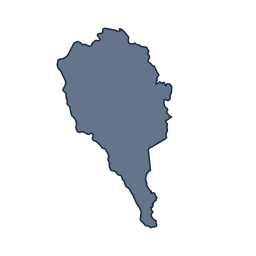 SVG path tracing the border of Yevrey, rotated 75°
{"feature_id": "RUS-2613", "entity_name": "Yevrey", "entity_type": "Autonomous Region", "adm_level": 1, "iso_a3": "RUS", "parent_name": "Russia", "parent_adm1": "", "projection": "robinson", "projection_center": [132.69, 48.574], "detail": "fine", "context": "isolated", "style": "filled", "palette": "slate", "viewbox_px": 256, "rotation_deg": 75, "n_neighbors": 0, "source": "natural_earth", "source_scale": "10m", "svg_char_len": 5739}
<svg xmlns="http://www.w3.org/2000/svg" viewBox="0 0 256 256"><g transform="rotate(75 128 128)"><path d="M30.5,133.6L29.9,133.3L29.4,131.8L29.3,131.1L29.4,130.5L29.7,129.4L29.7,128.8L29.1,127.8L28.1,127.4L27.0,127.2L26.0,126.6L25.6,125.5L25.7,124.4L30.2,115.1L32.0,112.5L32.4,111.6L32.4,110.8L31.3,110.5L30.1,110.6L30.4,109.5L30.8,109.0L32.4,107.7L33.7,106.9L39.5,104.2L40.0,104.1L40.8,104.1L41.2,104.1L41.6,104.2L42.9,104.9L43.7,105.1L44.9,105.3L45.8,105.2L46.2,105.1L46.6,104.9L46.8,104.5L48.0,102.4L48.2,101.7L48.2,101.4L48.1,101.1L47.7,100.3L47.7,99.9L47.9,99.5L48.3,99.0L48.7,98.7L49.2,98.4L49.4,98.2L49.9,97.6L50.5,96.3L50.7,96.0L53.1,93.4L53.4,92.8L53.6,92.5L54.0,91.0L54.4,90.0L55.0,89.3L55.4,89.0L55.8,88.8L57.4,88.7L57.7,88.6L58.6,88.2L58.9,88.1L59.2,88.1L59.4,88.3L59.7,88.8L60.0,88.9L60.7,88.9L60.9,89.1L61.0,89.3L61.3,89.5L61.6,89.6L63.0,89.0L63.7,88.8L64.9,88.8L65.3,88.9L65.6,89.2L66.2,89.5L66.7,89.9L67.9,91.2L68.2,91.3L68.7,91.3L69.3,91.1L70.1,90.6L70.6,90.1L71.6,89.4L74.0,88.3L74.2,88.0L74.7,87.1L74.9,86.9L75.2,86.7L75.5,86.6L82.6,85.3L82.9,85.1L83.3,84.6L83.6,84.5L84.1,84.4L84.8,84.6L85.2,84.8L85.5,85.1L86.4,86.5L86.9,87.0L87.1,87.1L87.5,87.3L87.9,87.4L89.1,87.5L89.4,87.6L89.7,87.7L90.3,88.4L92.0,89.6L92.3,89.6L92.6,89.6L92.8,89.3L92.8,89.0L92.6,88.0L92.4,87.5L92.0,86.7L91.8,86.2L91.7,85.6L91.8,85.3L92.0,85.0L92.2,84.8L93.0,84.3L93.3,84.0L93.5,83.4L93.5,82.7L93.4,82.1L93.2,81.6L93.5,81.4L96.2,80.9L96.6,80.7L95.5,79.1L95.5,78.8L95.9,77.9L96.2,76.5L96.4,76.3L98.8,75.1L99.6,75.2L100.9,75.5L104.0,76.6L105.9,77.5L106.5,78.2L106.9,78.6L110.4,79.8L111.1,80.2L111.5,80.5L111.7,81.7L111.7,82.3L111.6,82.7L111.5,83.0L111.3,83.3L110.3,84.6L110.1,84.9L110.1,85.2L110.1,85.5L110.3,85.7L110.8,86.2L111.2,86.3L111.7,86.5L113.3,86.7L114.2,86.9L115.8,87.1L116.3,87.0L116.8,86.8L118.8,85.7L119.3,85.2L119.7,85.0L120.0,84.9L120.6,85.0L121.0,85.2L121.4,85.4L122.0,86.1L122.5,86.5L123.0,86.5L123.8,86.3L126.8,85.0L128.5,83.1L129.0,84.2L129.2,85.5L130.2,87.2L130.4,87.8L130.5,88.1L130.3,89.1L130.4,89.4L130.6,89.7L131.1,89.8L131.5,89.8L132.3,89.7L134.2,89.0L134.6,89.1L135.3,89.2L136.5,89.9L137.7,90.3L139.4,90.3L140.5,90.6L141.1,90.9L141.7,91.3L142.7,92.3L143.3,92.8L143.8,93.1L144.1,93.1L147.0,93.1L148.3,95.1L151.0,104.9L153.3,113.4L153.8,113.8L154.8,114.1L174.5,117.2L174.9,117.6L175.1,117.9L175.1,118.5L175.3,119.3L175.5,119.7L176.3,120.4L176.5,120.7L176.7,121.2L177.0,121.6L179.0,123.0L179.3,123.2L180.6,123.6L181.0,123.9L181.5,124.1L182.1,124.2L183.2,124.2L184.3,124.3L186.6,124.2L186.8,124.3L187.4,124.7L189.0,124.5L189.9,124.6L190.1,124.5L190.4,124.1L190.9,123.9L192.1,123.5L193.0,123.5L193.4,123.4L193.8,123.1L194.6,122.3L194.9,122.1L195.2,122.0L195.8,122.0L196.1,122.2L196.3,122.3L196.5,122.6L196.9,122.6L197.4,121.6L197.5,121.2L197.2,120.7L197.2,120.4L197.2,120.1L197.4,119.8L197.8,119.4L198.2,119.2L198.5,119.2L199.2,119.2L200.3,119.0L203.0,118.2L203.5,119.1L203.7,119.3L204.2,119.4L204.6,119.3L205.1,119.6L205.4,120.5L205.6,121.4L205.8,121.6L207.4,123.3L207.5,123.4L207.3,123.6L207.3,123.8L207.4,124.0L207.9,124.0L208.9,123.7L209.3,123.8L210.2,124.6L210.7,125.0L210.9,125.2L210.9,125.4L210.5,126.0L210.4,126.3L210.5,126.5L210.9,126.6L214.1,126.4L214.8,126.1L215.1,125.7L215.4,125.6L215.7,125.7L216.0,126.1L216.5,126.9L217.2,127.6L217.8,128.0L218.4,128.2L219.4,128.3L220.5,127.8L221.5,127.6L222.3,127.1L223.2,126.8L223.5,126.7L224.2,125.5L224.4,125.2L224.7,125.0L225.0,124.9L225.4,125.0L225.7,125.1L226.6,125.6L227.0,125.6L227.3,125.6L228.2,125.3L228.5,125.3L229.3,125.8L229.7,125.9L230.1,125.9L230.3,126.2L230.4,126.8L230.2,128.3L230.0,129.7L230.2,131.5L230.1,131.9L228.2,133.5L227.6,134.3L226.8,136.5L225.8,136.7L220.6,139.6L219.8,139.7L219.0,139.6L212.7,137.1L211.9,137.0L208.4,137.3L208.0,137.4L205.8,138.4L202.1,139.4L194.7,140.4L190.5,141.8L187.8,142.3L187.1,142.6L186.3,143.0L184.4,144.7L183.7,145.1L182.3,145.4L179.6,145.3L179.1,145.4L178.3,145.7L176.7,146.5L175.8,146.7L173.1,146.7L172.4,147.1L171.8,147.8L170.7,149.6L170.0,150.3L169.3,150.6L167.8,151.0L167.1,151.3L166.5,151.7L166.1,152.3L165.8,152.9L165.5,153.6L165.0,154.7L164.2,155.4L163.3,155.7L160.5,156.1L160.0,156.0L158.2,155.3L157.4,155.1L156.7,155.1L154.1,155.5L153.1,155.4L152.6,155.2L151.7,154.6L151.3,154.3L149.5,154.0L147.7,154.0L143.4,155.1L142.6,155.4L142.0,155.9L141.5,156.7L141.2,157.4L140.7,158.0L140.3,158.2L136.4,159.7L136.4,160.0L132.9,162.1L132.4,162.7L131.5,164.1L130.9,164.6L130.2,165.0L129.5,165.2L128.8,165.1L128.2,164.8L127.1,163.9L126.4,163.7L125.6,163.6L124.8,163.7L124.1,164.1L123.8,164.5L123.6,164.8L123.5,165.3L123.5,165.7L124.0,166.9L124.0,167.4L123.8,168.2L123.4,168.8L121.0,171.3L119.8,172.8L119.6,173.2L119.5,173.5L119.5,173.9L119.8,174.9L119.9,175.4L119.8,175.9L119.5,176.4L118.7,177.3L118.3,177.7L117.8,178.0L117.2,178.2L115.0,178.3L113.9,178.1L111.5,176.9L109.9,176.6L108.3,176.5L105.2,177.0L104.6,177.2L102.3,178.6L101.7,178.9L100.4,179.2L98.4,179.3L97.1,179.0L94.1,178.8L91.4,179.2L91.0,179.4L89.8,180.3L89.5,180.5L89.0,180.5L88.5,180.5L88.1,180.4L86.7,179.7L86.2,179.6L85.4,179.6L83.7,179.9L82.8,179.9L79.2,178.9L78.3,179.0L75.9,180.6L75.4,180.8L75.0,180.9L74.2,180.9L73.7,180.7L73.4,180.5L71.6,178.5L70.2,177.4L68.7,176.7L67.1,176.3L66.1,176.2L56.4,178.1L54.4,178.8L52.7,179.8L51.5,180.0L50.6,180.1L48.7,180.0L47.8,179.7L45.9,178.7L45.1,178.4L44.0,177.6L43.9,175.7L44.1,173.5L44.1,171.7L42.5,168.0L40.2,165.5L32.2,158.4L31.9,157.6L31.7,156.2L31.5,155.4L31.4,154.5L31.9,153.4L33.4,151.8L34.5,151.0L35.3,150.6L35.6,150.3L36.1,148.2L36.3,147.5L36.6,147.1L38.7,144.9L38.9,144.2L39.0,142.8L38.8,141.9L38.5,141.6L38.0,141.4L37.4,141.1L36.9,140.6L36.6,140.1L36.2,139.1L35.3,137.4L35.0,136.3L35.4,135.3L36.0,134.1L36.0,133.1L35.3,132.4L34.0,132.3L30.5,133.6Z" fill="#64748b" stroke="#1e293b" stroke-width="1.5"/></g></svg>